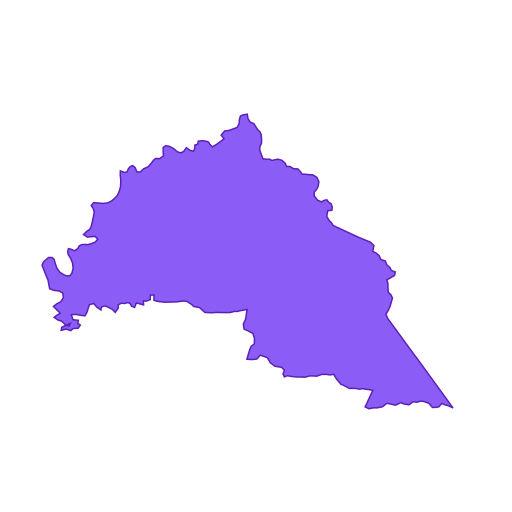 outline of Ponte Branca, Mato Grosso, Brazil, rotated 186°
{"feature_id": "56859067B10686101824472", "entity_name": "Ponte Branca", "entity_type": "district", "adm_level": 2, "iso_a3": "BRA", "parent_name": "Brazil", "parent_adm1": "Mato Grosso", "projection": "albers", "projection_center": [-52.897, -16.67], "detail": "fine", "context": "isolated", "style": "filled", "palette": "violet", "viewbox_px": 512, "rotation_deg": 186, "n_neighbors": 0, "source": "geoboundaries", "source_scale": "gbopen_adm2", "svg_char_len": 4115}
<svg xmlns="http://www.w3.org/2000/svg" viewBox="0 0 512 512"><g transform="rotate(186 256 256)"><path d="M279.5,396.1L283.6,395.0L286.1,393.6L286.8,389.9L286.6,385.8L288.2,381.9L291.9,380.1L295.6,378.2L300.2,377.1L303.3,372.5L300.0,369.2L303.7,365.8L307.1,362.7L310.8,360.0L313.5,362.2L315.2,364.4L317.9,365.0L321.7,365.0L325.4,364.2L325.7,361.0L328.3,360.1L328.2,356.2L329.2,353.6L332.7,354.2L336.6,356.4L338.8,352.5L341.5,350.7L345.1,351.4L348.6,353.9L353.5,356.0L357.5,356.2L359.7,354.1L359.1,349.3L358.5,345.9L362.1,342.7L366.1,342.5L368.0,340.5L369.7,337.6L372.4,333.6L377.0,330.9L379.8,327.5L383.2,327.1L385.3,331.1L388.1,333.1L390.5,331.7L392.1,329.3L393.1,326.0L395.8,325.4L399.8,326.5L399.4,321.8L398.5,317.8L398.2,314.9L398.0,310.5L398.8,306.2L400.1,301.9L402.7,298.5L405.4,295.6L409.3,293.2L413.9,292.3L418.8,292.2L423.1,292.0L425.2,289.0L423.0,286.5L421.5,282.7L421.7,279.1L422.1,275.4L422.4,272.4L423.0,268.2L424.1,265.2L426.9,262.8L429.8,259.3L425.7,257.2L421.7,258.0L417.9,258.7L415.2,256.1L417.3,253.1L421.0,251.1L424.5,249.7L427.5,249.6L430.4,249.1L432.9,247.6L434.0,244.8L437.1,242.2L440.5,243.4L443.3,243.7L443.8,240.5L442.8,237.6L440.1,234.3L437.8,230.1L436.6,224.6L437.3,219.7L439.1,216.9L442.4,216.4L445.6,217.4L449.5,219.5L452.7,223.1L454.6,227.0L456.4,231.5L458.6,233.2L462.2,232.8L464.4,230.5L466.7,227.9L467.8,224.5L463.4,215.9L460.4,210.5L459.0,205.8L457.8,201.9L453.3,200.7L448.0,200.6L444.3,198.9L443.2,194.3L445.5,190.0L448.9,187.8L452.2,184.7L448.5,181.7L444.7,178.6L447.7,176.4L450.4,173.9L446.0,171.5L442.6,171.0L440.4,169.3L437.7,167.3L441.7,164.8L442.0,161.7L437.1,163.5L432.4,162.4L430.3,164.7L425.3,165.6L423.5,169.0L426.2,170.2L425.9,173.5L431.3,173.5L433.6,178.3L429.0,179.1L424.6,178.7L419.8,178.6L418.0,183.0L417.5,186.2L416.6,190.1L412.5,191.8L408.8,188.4L404.6,186.1L404.5,189.0L401.2,190.6L397.6,189.6L393.3,187.9L390.1,185.2L387.5,190.0L388.1,192.8L385.0,195.0L382.0,195.0L379.2,196.1L376.5,195.9L374.5,193.1L371.4,192.2L370.1,196.7L367.3,196.4L362.7,195.6L363.3,199.6L360.5,199.6L356.6,201.6L357.0,206.1L353.3,206.5L352.9,201.3L349.5,200.6L344.0,200.5L341.2,200.6L330.1,202.1L324.2,203.5L320.5,203.8L315.3,201.3L312.7,199.3L306.7,198.8L300.9,194.5L294.2,194.9L288.9,195.8L280.4,196.5L275.7,197.1L271.5,198.7L268.7,198.9L265.5,200.1L259.3,201.9L259.5,197.8L259.7,192.1L261.5,187.0L260.2,182.0L256.3,180.8L251.0,178.7L248.9,173.9L248.5,168.3L251.3,165.7L252.4,162.5L254.3,152.4L249.2,152.6L244.4,153.6L241.4,157.8L238.6,157.1L234.2,156.2L230.5,151.2L225.5,148.3L219.0,148.0L215.8,145.4L216.8,141.5L215.2,138.8L212.3,140.2L207.0,139.9L203.2,139.9L199.3,140.3L194.5,140.6L189.9,142.4L186.6,142.7L183.1,142.8L178.3,145.1L174.3,145.6L169.7,145.5L166.4,146.5L162.7,141.7L160.5,139.6L158.3,137.4L155.3,136.5L149.4,134.1L143.8,134.7L139.0,134.4L136.1,135.2L133.1,135.0L129.6,134.9L125.8,134.6L131.7,117.3L127.7,115.9L123.2,117.3L119.4,117.7L114.4,119.3L110.5,123.2L106.0,122.8L101.8,122.2L96.6,125.3L93.9,124.4L88.3,124.0L84.5,127.5L80.7,127.4L77.2,128.9L73.8,128.9L68.5,127.5L64.7,123.8L61.0,124.3L58.4,125.1L55.8,128.8L52.3,127.7L48.8,127.1L44.2,125.5L85.7,171.6L88.1,174.1L118.5,207.7L120.7,211.7L118.9,215.3L117.5,219.5L116.6,224.2L115.9,228.5L117.9,231.7L120.6,233.7L121.3,237.4L121.9,242.2L123.4,246.1L120.8,247.7L116.2,251.1L115.8,254.7L119.9,255.8L121.6,258.5L125.1,261.1L126.9,264.6L131.6,265.6L133.4,269.1L136.9,271.5L140.4,272.8L139.8,278.7L143.6,281.7L156.2,285.4L182.5,294.4L184.2,296.8L186.8,298.8L189.8,302.8L189.4,308.5L185.4,309.4L185.2,312.5L186.8,315.9L189.4,317.1L191.4,319.3L194.1,318.4L196.6,316.7L200.5,317.9L204.5,322.0L204.7,325.7L202.8,328.4L201.5,331.6L201.2,336.4L203.7,340.6L208.2,342.7L212.1,342.4L215.4,342.5L218.5,342.2L221.3,345.1L223.5,347.0L227.8,346.7L231.6,348.6L235.0,348.3L236.6,351.3L240.3,353.9L244.4,354.6L247.2,353.7L250.0,352.7L252.9,353.7L255.7,353.3L259.3,353.4L261.3,357.5L263.2,361.5L263.7,364.8L262.3,368.8L262.7,372.9L263.6,377.5L265.2,380.1L267.6,381.8L269.7,384.6L272.1,387.5L275.6,388.4L278.4,391.9L279.5,396.1ZM437.7,167.3L433.6,169.6L434.6,166.7L437.7,167.3Z" fill="#8b5cf6" stroke="#5b21b6" stroke-width="1.5"/></g></svg>